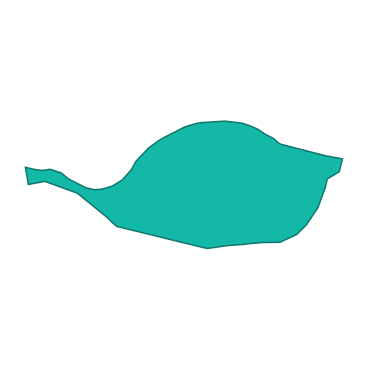 the district of St. Louis, Missouri, United States of America, rotated 252°
{"feature_id": "52423323B73997952467862", "entity_name": "St. Louis", "entity_type": "district", "adm_level": 2, "iso_a3": "USA", "parent_name": "United States of America", "parent_adm1": "Missouri", "projection": "orthographic", "projection_center": [-90.227, 38.653], "detail": "fine", "context": "isolated", "style": "filled", "palette": "teal", "viewbox_px": 384, "rotation_deg": 252, "n_neighbors": 0, "source": "geoboundaries", "source_scale": "gbopen_adm2", "svg_char_len": 903}
<svg xmlns="http://www.w3.org/2000/svg" viewBox="0 0 384 384"><g transform="rotate(252 192 192)"><path d="M267.0,41.2L249.7,38.7L247.6,55.3L226.3,82.6L194.0,103.4L187.4,106.8L182.5,109.8L170.0,130.0L153.7,156.3L150.8,161.0L133.6,188.9L130.1,209.1L126.1,225.2L125.3,230.0L122.1,243.6L117.3,259.2L117.0,260.4L119.3,278.6L125.4,290.6L138.2,306.9L154.5,319.7L154.8,320.0L162.6,324.6L165.8,338.3L177.0,345.3L184.4,331.7L185.8,329.2L210.2,290.9L212.3,289.1L217.6,286.2L224.2,279.6L228.7,276.0L231.7,273.7L238.1,266.3L242.2,260.6L247.3,249.4L249.4,244.7L255.1,222.4L255.9,216.6L256.1,205.4L256.1,205.2L252.8,184.4L252.8,184.0L252.6,182.9L251.3,176.7L247.5,164.8L238.8,148.6L236.4,145.9L231.9,141.1L225.0,129.4L222.3,118.0L222.4,110.2L222.8,105.9L223.1,104.9L224.3,99.9L229.0,92.2L242.7,78.5L250.5,73.6L257.5,64.0L258.6,56.7L262.4,48.7L267.0,41.2Z" fill="#14b8a6" stroke="#0f766e" stroke-width="1.5"/></g></svg>